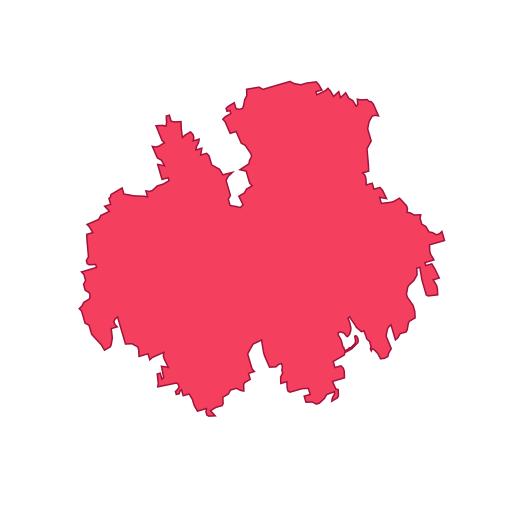 the district of Utsira nor, Norway, rotated 342°
{"feature_id": "86288312B95647148503835", "entity_name": "Utsira nor", "entity_type": "district", "adm_level": 2, "iso_a3": "NOR", "parent_name": "Norway", "parent_adm1": "", "projection": "albers", "projection_center": [4.885, 59.307], "detail": "fine", "context": "isolated", "style": "filled", "palette": "rose", "viewbox_px": 512, "rotation_deg": 342, "n_neighbors": 0, "source": "geoboundaries", "source_scale": "gbopen_adm2", "svg_char_len": 5535}
<svg xmlns="http://www.w3.org/2000/svg" viewBox="0 0 512 512"><g transform="rotate(342 256 256)"><path d="M216.9,101.6L217.1,95.3L213.9,95.2L212.2,101.5L210.5,104.6L207.5,102.9L201.2,101.2L202.3,116.9L203.8,120.1L197.5,121.5L194.4,121.4L191.3,119.7L192.5,132.3L194.0,133.9L195.6,135.5L196.9,141.9L193.9,140.2L190.8,138.5L190.3,154.2L196.6,154.4L196.5,157.5L190.2,158.9L187.1,158.9L183.9,158.8L177.6,161.7L174.4,161.6L171.4,160.0L171.2,166.2L168.1,164.6L158.8,161.2L152.6,157.9L149.5,156.2L149.7,149.9L143.4,151.3L137.1,152.7L135.9,154.8L133.9,155.8L133.7,162.0L127.4,161.9L128.9,165.0L130.4,168.2L120.9,169.5L117.7,172.6L105.1,173.8L106.6,177.0L108.0,183.3L101.7,183.1L100.0,189.3L96.4,205.0L93.2,208.0L93.1,211.1L94.6,212.8L100.9,214.5L100.8,217.6L85.1,217.2L86.6,220.4L86.4,226.6L83.2,229.7L83.0,236.0L84.5,237.6L86.0,239.2L86.0,242.3L84.3,245.4L78.0,246.8L74.8,249.9L71.6,251.4L73.1,254.5L72.8,263.9L72.7,267.1L74.2,268.7L75.8,270.3L75.6,276.6L75.5,279.7L78.4,286.1L81.4,292.5L82.8,298.8L89.1,297.4L90.7,295.9L94.0,289.7L95.9,280.3L102.1,280.5L100.6,277.3L100.7,274.2L102.3,272.6L105.5,271.2L104.7,299.4L110.9,301.1L112.5,302.8L114.0,304.4L115.5,306.0L115.4,309.1L113.7,315.4L123.1,315.6L122.9,321.9L126.1,320.4L138.6,319.2L137.0,322.3L136.9,325.4L138.2,334.9L135.1,333.2L132.0,331.6L130.6,343.0L128.5,344.0L128.7,337.8L125.6,337.7L123.7,347.0L122.1,350.1L140.9,352.2L142.4,353.8L142.3,357.0L139.6,359.0L137.5,360.0L137.4,363.1L140.5,363.2L141.7,361.2L143.8,360.2L143.6,366.4L149.8,366.6L151.2,372.9L151.1,376.1L151.1,379.2L152.4,385.5L161.8,385.8L160.2,388.9L160.1,392.0L161.6,393.7L167.8,395.4L166.4,392.2L164.9,389.0L171.2,387.6L174.3,387.7L177.5,387.8L179.1,386.3L180.8,380.1L187.1,378.7L188.7,377.1L190.3,375.6L196.6,375.8L198.1,377.4L199.7,379.0L202.7,380.7L204.5,374.5L206.1,372.9L212.4,371.5L212.6,365.3L218.8,365.4L217.4,362.2L217.5,356.0L217.6,352.8L217.8,346.6L219.4,345.0L221.0,343.5L222.6,342.0L224.2,340.5L225.9,338.9L235.3,337.6L233.4,350.1L233.3,353.3L234.5,365.9L240.7,367.6L243.9,366.1L247.0,366.2L246.9,369.4L245.3,372.5L245.2,375.6L242.0,378.7L240.2,384.9L246.5,385.1L244.8,391.3L244.7,394.4L246.2,396.0L252.5,396.2L258.7,396.4L264.9,398.1L264.8,404.4L258.5,404.2L258.3,410.5L264.5,412.3L266.1,413.9L267.6,415.5L270.7,415.6L277.1,412.6L278.7,411.1L280.3,409.6L288.6,409.3L288.1,411.4L284.9,414.4L283.2,417.5L289.5,416.1L291.1,414.6L292.9,408.4L290.8,407.2L290.0,398.9L302.5,399.2L304.3,393.0L304.4,389.8L302.9,386.7L296.6,386.5L296.8,380.2L303.1,378.8L309.4,377.4L310.5,375.4L318.3,373.9L326.1,369.9L327.0,368.3L327.4,366.1L327.0,363.6L326.4,362.7L325.1,362.8L324.5,367.3L323.2,369.8L317.4,372.7L316.8,372.1L315.5,372.5L315.1,373.0L311.1,373.6L311.2,370.1L310.8,370.0L310.6,368.2L310.9,365.4L311.0,362.7L310.6,360.0L309.9,357.2L310.3,354.4L312.7,354.2L315.9,356.4L317.5,360.6L318.3,360.9L320.7,359.4L322.8,356.6L324.0,353.9L324.5,348.6L324.5,345.6L324.2,343.6L326.4,342.9L326.5,344.1L328.8,351.7L329.4,354.8L331.0,357.4L332.8,360.5L335.5,360.6L335.8,365.9L335.7,368.9L337.6,372.6L337.4,377.6L336.1,379.6L336.3,381.9L337.9,380.1L339.6,382.0L341.6,386.1L342.2,389.2L342.7,392.3L346.5,393.0L350.2,392.4L352.3,389.2L356.0,385.9L355.0,372.4L358.3,366.3L359.9,364.7L363.1,363.2L362.7,378.9L365.8,377.5L367.4,375.9L369.1,374.4L372.2,374.5L375.3,374.6L376.9,373.1L380.2,366.9L381.8,365.4L388.2,364.0L389.9,357.7L390.1,351.5L387.2,341.9L387.3,338.8L390.6,332.6L392.2,331.1L398.6,328.1L400.2,326.6L401.8,325.1L403.4,323.6L405.1,317.3L408.3,317.4L406.4,329.9L405.9,345.6L407.4,347.2L416.8,349.1L418.5,342.8L418.6,339.7L417.2,333.4L423.5,333.6L422.2,324.1L420.8,317.8L414.5,317.6L414.6,314.5L424.0,314.7L422.6,308.4L422.7,305.3L424.5,299.0L440.1,299.5L440.4,290.1L437.2,291.6L434.1,291.5L431.0,288.2L428.0,286.6L426.6,280.3L423.5,277.0L423.7,270.8L425.4,267.7L419.1,265.9L416.1,262.7L413.0,261.0L414.7,257.9L414.7,254.8L411.8,248.4L410.3,245.3L404.0,246.7L400.9,246.6L391.5,244.7L391.7,238.4L394.8,240.1L397.9,241.8L396.6,232.3L395.1,229.1L388.8,228.9L389.0,222.7L382.8,222.5L384.5,216.3L384.6,213.1L383.1,209.9L389.4,210.1L391.1,203.9L394.7,188.3L396.3,186.8L397.9,185.2L399.5,183.7L401.1,182.2L401.3,175.9L401.5,169.6L404.8,163.5L406.4,161.9L408.0,160.4L409.6,158.9L412.8,159.0L415.8,160.6L414.6,148.0L413.2,144.8L411.1,143.7L410.1,141.6L403.9,139.9L400.8,138.2L399.6,143.4L397.5,144.4L396.1,138.1L393.1,134.9L391.7,128.5L388.5,130.0L385.3,131.5L385.5,125.2L382.3,126.7L379.1,128.2L377.7,121.9L376.3,118.7L373.1,120.2L363.7,121.5L363.8,118.3L370.0,118.5L368.6,112.2L367.1,109.0L357.8,107.2L354.7,107.1L351.5,107.0L345.4,103.7L342.3,100.5L320.4,99.8L314.1,99.7L311.1,96.4L298.6,94.5L296.8,100.7L293.6,103.8L290.8,108.9L288.7,111.5L285.6,111.4L282.5,109.7L282.7,103.5L276.4,104.9L273.2,106.3L273.1,109.5L276.2,109.6L276.1,112.7L269.8,114.1L266.7,115.6L268.1,118.8L269.3,131.4L275.6,131.5L276.8,144.1L278.3,145.7L279.9,147.3L282.7,156.9L282.6,160.0L279.4,163.0L277.8,166.1L267.4,169.0L272.9,172.3L272.8,175.4L272.5,184.8L274.0,188.0L267.7,189.4L264.5,192.4L258.2,193.8L258.4,195.6L259.5,203.3L256.0,205.1L252.8,203.0L249.8,201.5L247.0,199.8L247.2,193.5L248.8,192.0L250.4,190.5L250.5,187.3L250.6,184.2L250.7,181.1L250.9,174.8L252.5,173.3L254.1,171.7L259.4,169.2L249.5,168.5L248.1,162.2L245.0,158.9L242.0,155.7L242.2,149.4L242.3,146.3L240.8,143.1L234.5,142.9L236.2,139.8L237.8,136.7L231.6,136.6L233.2,133.5L234.8,132.0L236.4,130.4L238.1,127.3L231.8,127.1L233.5,124.1L233.6,120.9L232.1,117.7L225.8,119.1L222.6,120.6L224.4,111.2L226.2,105.0L220.0,103.3L216.9,101.6Z" fill="#f43f5e" stroke="#9f1239" stroke-width="1.5"/></g></svg>